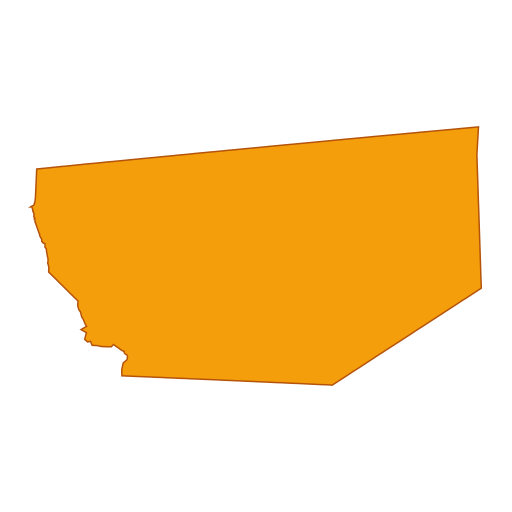 Tecate, Baja California, Mexico (Mercator projection)
{"feature_id": "50627088B66512895446284", "entity_name": "Tecate", "entity_type": "district", "adm_level": 2, "iso_a3": "MEX", "parent_name": "Mexico", "parent_adm1": "Baja California", "projection": "mercator", "projection_center": [-116.302, 32.436], "detail": "fine", "context": "isolated", "style": "filled", "palette": "amber", "viewbox_px": 512, "rotation_deg": 0, "n_neighbors": 0, "source": "geoboundaries", "source_scale": "gbopen_adm2", "svg_char_len": 5547}
<svg xmlns="http://www.w3.org/2000/svg" viewBox="0 0 512 512"><path d="M122.0,375.9L122.9,375.8L125.8,376.0L128.7,376.1L131.6,376.2L135.1,376.4L140.4,376.6L145.6,376.8L148.0,376.9L151.0,377.0L153.9,377.2L156.9,377.3L157.5,377.3L158.1,377.3L159.9,377.4L162.9,377.5L166.0,377.7L168.2,377.8L171.1,377.9L174.1,378.0L177.0,378.2L179.9,378.3L182.8,378.4L185.8,378.5L191.3,378.8L194.2,378.9L197.2,379.0L200.7,379.2L203.6,379.3L208.3,379.5L213.7,379.7L217.8,379.9L221.9,380.1L225.5,380.3L228.4,380.4L231.4,380.5L234.9,380.7L238.4,380.8L241.9,381.0L246.0,381.2L249.6,381.3L250.7,381.4L253.7,381.5L257.2,381.7L261.3,381.9L265.5,382.0L269.0,382.2L273.0,382.4L277.1,382.6L281.1,382.7L284.9,382.9L288.6,383.1L292.7,383.3L296.7,383.4L300.8,383.6L304.8,383.8L308.8,384.0L312.9,384.2L316.9,384.4L321.0,384.6L325.0,384.7L329.6,384.9L331.9,385.1L332.4,385.1L333.5,384.3L336.9,382.1L339.8,380.2L342.8,378.3L345.7,376.4L348.1,374.8L351.0,372.9L353.4,371.3L356.4,369.4L358.8,367.9L361.2,366.3L364.1,364.4L366.6,362.8L369.0,361.2L371.9,359.3L374.3,357.7L378.2,355.2L380.1,353.9L382.6,352.4L386.4,349.8L388.4,348.6L390.8,347.0L394.7,344.5L398.6,342.0L404.9,337.9L408.3,335.7L412.1,333.2L416.0,330.6L419.8,328.1L421.8,326.9L424.2,325.3L428.1,322.8L431.9,320.3L435.8,317.8L439.6,315.3L442.2,313.6L444.8,311.9L447.4,310.2L449.9,308.6L452.5,306.9L455.0,305.3L457.9,303.4L460.3,301.8L463.2,299.9L465.7,298.4L468.6,296.5L471.0,294.9L473.9,293.0L476.4,291.4L478.8,289.8L481.3,288.2L481.3,287.6L480.8,274.9L480.5,264.4L480.2,255.2L479.6,237.2L479.0,218.6L478.8,212.6L478.8,212.2L478.3,198.5L477.9,185.6L477.5,173.3L477.3,168.2L476.9,154.6L477.3,147.5L477.7,140.5L478.5,126.9L477.4,127.0L418.6,132.4L418.0,132.5L417.4,132.5L416.8,132.6L414.5,132.8L413.9,132.9L413.4,132.9L412.8,133.0L408.7,133.3L406.9,133.5L406.3,133.6L405.1,133.7L391.8,134.9L373.1,136.6L363.9,137.5L333.9,140.3L329.9,140.7L325.9,141.1L299.3,143.6L285.2,144.9L272.5,146.1L260.4,147.3L245.3,148.7L237.2,149.5L234.0,149.8L230.9,150.1L230.5,150.1L230.3,150.1L221.6,151.0L217.1,151.4L214.3,151.7L210.6,152.0L194.8,153.5L187.3,154.3L176.2,155.3L173.9,155.6L159.9,156.9L156.1,157.3L143.3,158.5L138.5,159.0L134.0,159.4L121.1,160.7L116.7,161.1L112.8,161.5L109.0,161.8L95.4,163.2L90.7,163.6L90.2,163.6L88.9,163.8L88.4,163.8L87.1,163.9L86.1,164.0L82.4,164.4L81.0,164.6L79.8,164.7L79.2,164.7L78.5,164.8L77.8,164.9L77.2,164.9L75.8,165.1L75.5,165.1L75.2,165.2L74.8,165.2L74.3,165.3L74.0,165.3L73.7,165.3L73.3,165.3L72.5,165.4L71.8,165.5L71.2,165.6L70.3,165.7L69.5,165.7L68.8,165.8L68.0,165.9L67.0,166.0L66.2,166.1L65.2,166.2L63.3,166.3L62.7,166.4L61.4,166.5L59.7,166.7L58.8,166.8L57.3,166.9L57.0,167.0L56.7,167.0L56.4,167.0L56.2,167.0L55.6,167.1L54.9,167.2L54.2,167.2L53.3,167.3L53.0,167.3L52.7,167.4L52.0,167.5L40.8,168.6L36.7,169.0L36.1,182.7L35.5,196.0L35.4,197.4L35.0,201.4L34.9,201.7L34.4,203.4L34.0,204.5L33.8,205.1L33.6,205.3L33.4,205.5L31.5,206.3L31.2,206.4L30.7,206.8L31.3,206.7L31.4,206.8L31.5,207.0L31.8,207.3L32.0,207.4L32.0,207.5L32.1,207.8L32.3,208.1L32.3,208.4L32.3,208.7L32.6,209.1L32.7,209.5L32.8,209.7L32.8,210.1L32.7,210.4L32.7,210.7L33.0,211.0L32.9,211.3L33.3,211.7L33.3,212.0L33.3,212.3L33.6,212.6L33.8,213.1L33.9,213.4L33.9,213.6L34.0,213.8L33.9,213.9L34.0,214.1L34.0,214.5L33.9,214.9L33.9,215.4L33.9,215.8L33.8,216.5L33.8,216.8L34.0,217.1L34.2,217.3L34.3,217.4L34.7,217.6L34.8,217.8L34.9,218.0L34.8,218.5L34.4,218.8L34.2,218.9L34.2,219.0L34.3,219.2L34.4,219.4L34.6,219.6L34.7,219.8L34.9,220.1L35.0,220.4L35.0,220.6L35.1,221.0L35.1,221.3L35.0,221.5L35.0,221.8L35.1,222.1L35.1,222.4L35.2,222.6L35.3,222.8L35.7,223.1L35.8,223.2L35.8,223.4L35.8,223.6L35.8,223.8L35.9,224.2L36.0,224.5L37.6,228.9L38.9,232.8L39.1,233.1L39.2,233.3L39.3,233.5L39.6,233.7L39.6,233.9L39.5,234.3L39.6,235.3L39.7,235.7L39.9,236.1L40.1,236.4L40.4,237.0L40.8,237.7L40.9,237.9L41.0,238.2L41.1,238.3L41.2,238.5L41.4,238.6L41.7,239.5L41.8,239.8L41.7,240.3L41.8,240.5L41.7,241.1L41.7,241.4L42.0,241.6L42.3,242.0L42.5,242.3L42.7,242.6L42.9,242.7L43.1,242.8L43.3,243.1L43.6,243.3L43.8,243.3L44.0,243.3L44.4,243.3L44.6,243.4L44.9,243.6L45.0,243.8L45.0,244.0L45.0,245.0L45.0,246.1L44.9,247.0L45.4,247.7L45.9,248.3L46.2,248.7L46.2,248.8L46.3,248.9L46.4,250.1L46.6,251.9L47.1,254.4L47.2,255.1L47.3,255.5L47.3,256.0L47.5,256.9L47.6,257.2L47.7,257.5L47.9,258.1L47.9,258.4L48.0,259.8L48.0,260.2L48.0,260.8L48.0,261.6L47.9,262.2L47.6,262.8L47.6,263.0L48.0,264.0L48.3,264.9L48.4,265.6L48.8,266.9L48.8,267.4L48.8,267.6L48.8,269.0L48.7,269.5L48.7,272.1L49.0,272.4L50.0,273.3L52.7,276.0L54.7,277.9L55.2,278.5L55.7,278.9L57.5,280.7L59.3,282.6L61.7,284.9L65.0,288.2L68.0,291.1L68.3,291.4L68.9,292.1L72.5,295.6L73.9,297.0L76.0,299.0L76.9,299.9L78.0,301.0L77.9,302.8L77.7,305.1L78.0,306.8L78.7,309.2L78.9,309.8L79.2,310.3L79.4,310.6L79.8,311.1L80.3,311.4L81.7,316.8L83.3,319.4L85.1,323.9L86.6,326.3L84.1,327.8L81.0,329.6L83.7,331.1L86.4,332.6L84.7,339.4L87.7,342.0L89.8,341.4L90.3,341.4L90.5,341.4L90.7,341.7L90.9,342.3L92.1,345.3L97.5,345.6L101.3,346.5L103.2,346.6L106.1,346.7L111.3,346.8L113.5,344.5L117.4,347.3L119.4,348.7L121.9,350.5L124.2,351.4L124.2,352.0L124.2,352.4L124.3,352.9L124.6,353.3L124.9,353.7L125.2,353.9L126.3,354.5L126.7,354.8L127.0,355.2L127.1,355.3L127.3,355.7L127.4,356.0L127.5,356.4L127.5,356.9L127.4,357.3L127.3,358.0L127.3,358.3L127.1,359.3L127.0,359.6L126.9,359.7L126.7,360.0L124.4,362.0L123.6,362.7L123.3,362.9L123.2,363.2L123.1,363.5L122.7,365.4L122.5,366.2L122.3,367.0L122.0,368.6L121.9,368.9L121.8,369.4L121.8,370.9L121.8,372.4L121.8,374.7L121.9,375.4L122.0,375.9Z" fill="#f59e0b" stroke="#b45309" stroke-width="1.5"/></svg>